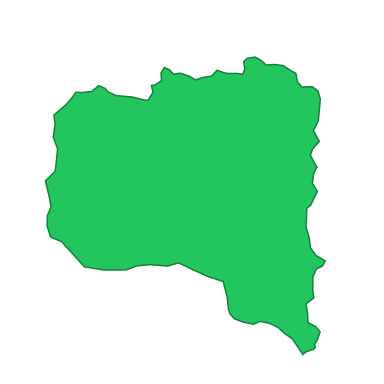 Eptagoneia, Limassol, Cyprus (orthographic projection), rotated 189°
{"feature_id": "46923920B90108910277465", "entity_name": "Eptagoneia", "entity_type": "district", "adm_level": 2, "iso_a3": "CYP", "parent_name": "Cyprus", "parent_adm1": "Limassol", "projection": "orthographic", "projection_center": [33.147, 34.845], "detail": "fine", "context": "isolated", "style": "filled", "palette": "green", "viewbox_px": 384, "rotation_deg": 189, "n_neighbors": 0, "source": "geoboundaries", "source_scale": "gbopen_adm2", "svg_char_len": 1644}
<svg xmlns="http://www.w3.org/2000/svg" viewBox="0 0 384 384"><g transform="rotate(189 192 192)"><path d="M45.9,57.9L47.2,61.0L45.2,64.7L43.6,73.8L48.9,78.4L57.0,81.2L58.8,90.1L61.9,99.4L55.2,106.4L57.6,115.0L59.3,127.2L57.0,135.6L51.6,139.2L49.6,144.8L59.6,148.7L66.3,155.5L68.9,164.6L73.9,175.3L74.9,184.8L76.1,193.9L72.7,197.5L71.9,200.3L70.5,205.0L68.3,212.3L69.7,213.9L74.5,219.4L74.7,229.5L72.7,235.9L72.4,236.0L75.8,240.0L80.8,246.9L79.6,253.5L74.2,262.0L81.7,271.4L78.4,282.2L79.2,295.2L79.8,303.8L82.7,310.0L83.6,311.6L89.6,314.8L100.0,312.9L105.3,317.5L107.9,325.4L112.7,327.1L121.9,331.1L130.2,330.9L138.6,329.0L143.0,332.1L146.1,333.4L150.6,335.2L158.7,332.5L161.4,328.7L159.0,321.9L160.4,316.2L165.6,316.2L175.8,314.6L179.1,314.8L186.3,316.2L190.8,309.6L198.6,307.0L206.2,303.3L212.6,305.9L222.2,307.5L228.6,305.4L233.3,309.2L238.8,310.6L241.2,304.7L239.5,297.1L245.4,291.9L248.7,290.9L246.2,284.4L249.7,275.7L253.5,275.4L265.9,276.5L272.4,276.0L282.1,275.4L286.6,276.6L290.2,277.6L294.3,280.8L300.7,282.5L306.7,275.7L316.1,273.0L322.3,272.4L325.5,265.9L327.8,262.2L329.6,259.2L340.4,246.4L337.7,237.2L337.7,224.7L331.5,213.6L330.4,193.8L330.7,190.6L338.5,180.0L332.3,165.1L328.8,155.1L331.2,146.1L330.6,141.9L329.8,135.6L325.5,127.3L324.4,125.3L313.1,122.6L299.3,111.5L286.4,101.2L266.7,101.2L244.9,104.7L235.7,110.1L222.2,113.7L204.7,115.0L194.1,119.9L176.6,114.7L162.6,110.9L147.2,108.5L140.7,93.3L137.7,82.3L135.3,77.4L130.3,73.4L120.7,71.5L110.7,71.0L104.6,74.8L94.8,74.5L85.6,71.6L77.9,66.5L69.7,62.5L57.1,48.8L54.2,52.1L48.7,55.0L47.3,55.5L47.3,56.1L45.9,57.9Z" fill="#22c55e" stroke="#15803d" stroke-width="1.5"/></g></svg>